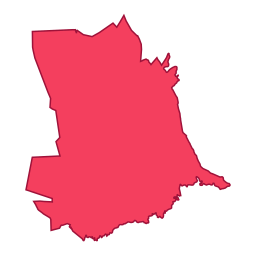 Xilitla, San Luis Potosí, Mexico
{"feature_id": "50627088B96326519449072", "entity_name": "Xilitla", "entity_type": "district", "adm_level": 2, "iso_a3": "MEX", "parent_name": "Mexico", "parent_adm1": "San Luis Potosí", "projection": "equal_earth", "projection_center": [-98.973, 21.391], "detail": "fine", "context": "isolated", "style": "filled", "palette": "rose", "viewbox_px": 256, "rotation_deg": 0, "n_neighbors": 0, "source": "geoboundaries", "source_scale": "gbopen_adm2", "svg_char_len": 5861}
<svg xmlns="http://www.w3.org/2000/svg" viewBox="0 0 256 256"><path d="M171.0,208.5L171.6,207.9L171.6,205.9L171.6,205.4L171.9,205.0L172.9,204.1L173.2,203.3L172.9,202.0L173.0,201.7L173.6,201.6L174.2,201.7L174.9,201.4L175.5,200.6L175.8,199.6L176.4,199.5L177.8,200.0L178.4,200.0L178.8,199.7L178.5,199.0L178.2,197.9L177.9,197.7L177.0,198.0L174.3,198.3L173.8,198.0L173.8,197.7L174.2,197.1L174.3,197.0L176.5,196.8L176.9,196.7L177.2,196.3L177.1,195.0L177.4,194.7L178.9,195.7L179.6,196.0L180.0,195.8L180.2,195.3L180.7,195.4L180.1,192.2L179.3,188.8L179.5,187.4L180.1,184.7L180.3,184.4L180.6,184.4L181.5,185.6L182.1,185.9L183.9,185.1L185.1,185.0L185.7,185.3L186.6,186.6L187.1,186.7L187.3,186.4L187.4,185.7L188.1,184.8L189.2,184.8L191.9,185.1L193.0,185.0L193.9,184.0L194.1,183.2L195.0,182.6L195.8,182.2L196.6,182.0L197.2,181.1L197.3,180.5L196.5,178.8L196.2,177.6L196.2,177.1L196.4,176.8L196.8,176.7L197.5,177.1L198.7,178.1L199.4,179.5L199.4,180.1L199.5,180.5L200.3,181.7L200.7,181.8L201.0,181.6L201.3,181.1L201.6,181.0L201.8,181.0L202.1,181.3L202.1,181.9L201.7,183.0L201.4,183.3L200.4,183.5L200.0,183.7L199.8,184.0L200.1,185.0L200.3,185.2L200.9,185.1L201.1,185.3L201.6,185.3L202.2,185.2L203.4,183.7L203.8,183.6L204.1,183.7L204.7,184.3L206.4,185.0L208.1,184.4L209.0,184.2L210.1,184.4L211.0,184.9L212.0,184.9L212.6,184.4L213.1,183.3L213.9,183.3L214.3,184.0L214.8,185.5L215.4,185.9L218.3,186.9L219.1,187.7L219.8,188.8L220.2,189.3L220.6,189.3L221.7,188.8L223.4,188.6L225.3,188.0L227.1,186.6L227.6,186.3L229.3,186.1L229.9,185.5L230.0,185.0L229.9,184.5L229.1,183.5L228.0,183.4L227.1,183.0L225.6,182.0L223.6,180.2L223.1,177.5L222.2,176.8L219.9,177.0L212.6,173.8L210.5,173.1L208.3,171.0L202.9,168.5L200.6,166.4L199.9,163.9L198.4,161.3L197.2,158.5L196.4,155.5L195.1,154.4L194.0,152.1L193.6,150.3L193.2,149.7L193.1,149.3L192.2,148.5L190.0,144.1L190.0,143.7L189.0,142.2L186.2,136.7L186.5,135.9L185.9,135.1L185.4,134.8L183.0,132.6L182.5,131.2L180.6,119.9L180.6,119.0L180.2,116.8L179.9,113.6L178.5,109.0L177.9,106.1L177.7,105.0L177.5,104.5L178.1,103.2L178.1,102.2L177.2,97.7L175.8,95.6L172.7,89.6L172.1,89.1L171.7,87.5L172.4,86.9L173.1,86.1L174.1,85.6L174.7,84.8L174.7,84.6L175.3,83.9L176.6,82.9L177.3,81.4L177.5,81.2L178.7,80.7L179.0,80.5L179.1,80.1L179.1,79.9L178.8,79.5L177.8,78.8L177.1,77.7L177.1,77.2L177.5,76.2L178.2,75.8L178.2,75.3L177.7,75.4L176.9,76.3L176.5,76.5L176.0,76.4L175.7,76.3L175.0,74.9L175.0,74.6L176.0,73.4L176.1,73.0L176.1,71.3L176.3,70.7L176.9,69.5L176.9,67.3L176.6,66.8L176.3,66.6L175.0,66.5L172.7,67.5L170.7,68.8L169.4,69.8L167.7,71.9L166.9,72.3L166.5,72.3L166.2,72.0L165.3,70.4L164.1,69.4L163.7,68.7L163.7,68.2L164.2,67.5L165.6,66.7L167.7,66.6L168.4,66.1L168.6,65.4L168.7,64.1L168.0,62.3L167.9,61.9L168.5,59.5L169.5,57.8L169.7,57.0L169.7,56.4L169.0,54.7L169.0,53.6L168.6,53.4L168.0,53.8L166.6,57.4L165.7,58.9L161.6,65.2L159.6,61.9L157.7,59.4L156.9,57.7L151.0,64.6L150.5,63.8L148.9,62.1L148.5,60.6L147.8,60.0L147.7,59.4L147.6,59.7L147.4,59.9L146.8,59.6L146.5,59.5L146.3,59.2L146.0,59.1L143.0,60.2L142.8,60.3L142.8,60.5L140.6,61.4L141.5,49.4L141.2,44.2L139.4,39.3L137.6,35.7L137.0,35.8L131.5,30.4L126.1,20.9L123.9,15.4L120.1,21.9L116.8,27.2L113.0,23.1L99.3,32.6L92.1,36.6L83.4,34.7L77.1,30.3L76.6,31.0L76.5,32.6L76.3,32.6L76.1,31.9L75.7,31.2L75.3,29.7L73.4,29.8L73.2,29.7L32.4,31.5L32.6,47.2L33.2,50.5L34.9,58.0L48.0,92.3L50.6,98.4L50.0,107.4L52.3,109.0L55.8,110.5L59.8,137.5L56.0,141.6L60.0,156.0L32.3,157.3L26.0,189.8L52.2,198.5L52.2,200.8L52.3,201.9L44.2,201.5L39.9,201.1L33.7,201.4L35.7,204.7L36.7,206.9L37.2,207.6L37.7,209.0L38.6,210.1L42.1,212.7L43.5,213.9L50.0,217.8L50.8,219.4L51.1,230.4L59.5,228.2L61.2,225.2L62.8,225.2L67.2,223.6L70.2,224.7L69.4,226.6L69.5,226.9L70.4,227.8L70.8,227.2L71.0,227.3L70.9,228.3L71.0,228.4L71.1,228.2L71.7,228.6L71.6,229.1L72.1,229.4L72.3,230.2L72.8,231.1L82.4,238.9L82.7,239.7L83.4,240.6L83.8,240.6L84.1,240.2L84.5,239.3L84.8,237.6L85.6,236.7L85.8,235.4L86.0,235.3L86.4,235.4L86.5,236.1L86.4,236.3L86.7,237.0L87.8,237.5L88.1,237.5L88.8,236.9L89.7,236.8L90.2,236.9L91.3,237.7L91.7,237.3L91.9,237.4L92.1,236.8L92.3,236.9L92.3,237.1L92.6,238.4L93.3,238.8L94.2,237.9L94.6,237.9L94.7,238.5L94.4,239.4L94.3,240.2L94.5,240.4L95.1,240.1L96.0,240.1L96.6,240.4L96.7,240.6L96.9,240.6L97.2,240.5L97.3,238.8L97.5,238.5L98.6,238.1L99.2,237.7L99.7,236.2L100.0,235.8L101.1,236.3L101.3,236.8L101.2,237.2L101.4,237.5L101.7,237.5L102.1,237.1L102.7,236.2L103.4,235.8L104.2,235.7L104.8,234.7L105.6,234.1L105.8,234.1L106.3,234.6L106.6,235.4L106.6,235.8L106.8,236.1L107.6,235.2L107.6,234.8L107.9,234.4L108.7,234.7L109.2,234.5L110.0,232.8L111.5,233.1L112.0,232.8L112.5,232.0L112.6,230.7L113.0,230.0L113.8,229.2L114.1,228.7L114.6,228.4L115.1,228.1L116.7,227.8L117.0,227.5L117.7,227.5L118.0,227.3L118.9,225.5L119.5,224.8L120.0,224.6L121.2,224.6L121.5,224.7L122.9,224.6L123.7,223.8L124.2,223.7L124.8,223.9L126.2,223.1L127.9,222.0L129.0,222.0L131.0,222.5L132.8,222.2L133.7,221.6L133.8,221.4L134.6,220.5L134.9,220.4L135.1,220.6L135.8,220.7L136.8,222.0L137.5,222.4L138.5,222.5L139.5,222.0L141.0,221.9L143.2,221.5L143.6,221.7L144.2,222.7L144.9,222.7L145.5,223.1L145.7,223.3L146.2,223.5L147.3,222.8L147.6,223.0L148.3,222.9L148.7,222.5L148.6,221.4L148.6,221.1L147.8,219.5L147.9,219.1L148.6,218.4L148.7,218.1L148.5,216.8L149.0,216.2L149.4,216.0L149.9,216.1L151.4,215.8L152.1,215.5L152.4,215.0L152.3,214.2L152.2,214.0L152.3,213.9L152.8,213.7L153.7,214.4L155.7,212.9L156.0,212.9L156.2,213.2L156.1,214.6L156.2,214.8L157.1,215.6L157.4,216.3L157.5,217.2L157.8,217.4L158.4,217.5L158.7,217.3L159.2,216.7L159.9,216.4L160.6,217.2L161.7,218.0L162.3,218.1L163.1,217.3L163.3,216.7L163.5,215.9L163.5,213.9L163.7,213.1L163.9,213.0L164.5,213.1L165.2,213.0L165.2,212.4L164.8,212.0L164.6,211.6L164.6,211.4L164.8,211.0L165.1,211.0L166.1,211.2L166.5,211.1L166.8,210.9L167.3,210.1L169.2,209.1L170.3,208.8L171.0,208.5Z" fill="#f43f5e" stroke="#9f1239" stroke-width="1.5"/></svg>